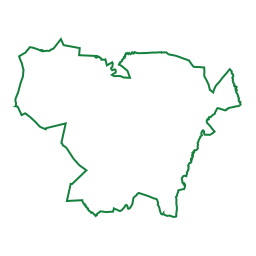 Chapa de Mota, México, Mexico (Robinson projection)
{"feature_id": "50627088B57428074978837", "entity_name": "Chapa de Mota", "entity_type": "district", "adm_level": 2, "iso_a3": "MEX", "parent_name": "Mexico", "parent_adm1": "México", "projection": "robinson", "projection_center": [-99.535, 19.819], "detail": "fine", "context": "isolated", "style": "outline", "palette": "green", "viewbox_px": 256, "rotation_deg": 0, "n_neighbors": 0, "source": "geoboundaries", "source_scale": "gbopen_adm2", "svg_char_len": 5729}
<svg xmlns="http://www.w3.org/2000/svg" viewBox="0 0 256 256"><path d="M229.8,69.2L229.2,69.8L227.0,72.6L223.8,76.3L222.5,77.7L219.3,82.0L216.8,84.6L215.7,86.1L214.9,87.6L213.8,90.3L213.2,92.4L212.4,91.7L212.0,91.6L210.5,90.1L209.9,90.0L209.0,86.2L208.5,84.4L206.0,79.2L204.5,76.6L204.2,75.2L204.4,71.5L204.2,67.4L202.6,67.4L199.2,67.0L198.1,67.1L196.8,66.9L196.1,67.1L193.5,66.7L191.4,64.0L189.0,60.5L175.7,55.7L168.8,54.4L168.0,53.9L166.3,52.4L162.5,52.4L161.6,52.7L161.4,52.2L155.2,52.6L153.4,52.5L146.2,53.0L138.5,53.2L137.2,53.1L135.0,52.3L135.0,52.6L133.8,53.5L133.0,53.4L132.8,52.3L132.2,52.3L132.1,53.3L131.7,53.3L131.5,53.2L131.1,53.7L130.4,54.2L129.1,53.0L128.3,54.0L127.9,53.5L127.7,53.6L127.1,53.0L126.0,54.3L125.7,53.9L125.0,55.3L124.9,55.8L125.1,56.2L124.9,56.3L124.8,57.2L124.3,57.2L124.5,57.7L123.7,57.8L123.5,58.7L123.1,59.1L122.1,59.8L122.1,60.9L121.1,61.6L120.3,62.7L120.0,62.5L118.9,64.6L121.3,65.7L126.8,70.2L127.5,70.9L130.0,77.8L123.5,77.5L120.5,76.1L117.3,76.0L114.4,76.2L111.9,74.9L113.7,73.6L115.5,72.7L115.8,71.9L115.8,71.2L115.4,69.7L115.2,69.5L114.5,69.4L113.9,69.7L113.1,69.7L112.7,70.1L112.2,70.2L112.0,69.8L111.5,69.6L111.3,69.1L111.1,68.6L111.2,67.9L111.4,67.6L112.4,66.8L112.5,66.3L112.5,65.4L112.8,63.7L112.2,62.3L106.9,65.4L105.4,59.4L104.6,59.8L103.6,59.7L102.8,59.7L102.6,59.6L101.4,59.7L101.4,59.1L101.1,58.3L100.3,58.0L99.1,56.8L98.7,56.7L98.4,56.7L97.7,57.2L97.3,57.2L96.3,57.7L95.8,57.5L95.7,57.4L96.0,57.2L96.5,56.5L96.7,56.0L79.1,55.2L79.7,48.1L63.6,45.1L60.9,39.1L54.7,47.1L53.1,48.9L52.7,48.9L51.2,49.6L50.8,49.6L50.4,50.0L50.3,50.3L49.3,50.9L47.0,50.8L44.6,51.0L42.5,51.3L42.2,51.2L42.3,50.4L42.0,50.4L41.8,50.0L41.0,50.0L40.9,50.4L40.5,50.6L39.3,50.1L38.4,49.5L36.9,49.1L35.5,48.5L31.7,47.4L29.6,47.3L28.8,48.6L26.9,50.7L25.7,52.4L19.1,56.3L20.6,60.6L21.9,63.4L22.9,67.8L23.5,69.6L22.9,76.6L20.7,82.7L17.9,93.2L17.7,93.3L15.5,98.9L15.4,101.2L16.0,102.7L15.9,105.5L15.9,106.2L15.7,106.3L17.6,106.6L20.4,112.4L21.6,115.1L25.3,113.3L28.7,116.0L30.1,117.0L35.3,121.8L40.1,126.9L45.8,129.3L46.3,128.1L65.7,123.4L61.4,142.8L62.5,144.2L62.8,145.4L64.3,146.2L65.8,147.3L66.8,148.4L73.5,158.7L79.3,165.2L86.4,170.3L72.1,184.0L70.7,183.8L66.9,201.0L82.3,200.2L82.4,201.2L83.1,202.7L84.1,204.0L84.6,204.1L84.6,205.1L85.7,205.4L85.8,206.7L86.2,206.7L87.0,207.7L87.9,208.4L87.7,208.8L88.1,209.2L88.0,209.4L89.4,211.2L90.8,211.9L91.1,212.1L91.3,212.8L92.0,212.5L92.5,212.6L95.6,215.9L96.2,215.4L96.2,215.6L96.8,215.2L96.6,214.3L100.5,211.3L106.2,212.1L113.1,211.6L113.9,208.4L115.0,209.0L116.8,209.7L119.6,211.0L120.5,210.9L121.3,210.4L122.4,209.5L124.4,207.2L125.5,205.3L126.1,205.0L126.5,205.0L126.8,205.2L127.3,205.9L128.0,208.6L128.3,208.8L128.9,208.8L130.1,207.8L131.4,205.9L132.1,204.6L132.5,203.3L133.4,198.1L134.6,196.7L136.4,195.4L137.0,194.3L138.6,193.0L138.9,193.0L148.6,196.2L154.3,198.6L155.2,198.6L156.1,198.9L156.7,199.2L157.5,200.9L158.0,202.7L158.1,203.4L157.8,204.2L157.7,204.6L158.9,206.5L159.6,208.9L159.9,210.6L160.9,213.5L161.6,214.2L161.9,214.3L162.6,214.4L162.8,214.2L163.4,213.3L163.4,213.6L164.0,214.5L166.2,215.6L166.7,215.6L167.2,215.9L169.6,215.6L170.3,215.8L173.1,216.9L175.9,216.7L176.3,216.3L176.4,215.8L176.2,214.9L176.3,213.5L176.5,211.6L176.8,210.2L176.9,208.0L176.3,202.6L176.5,199.9L176.0,196.9L176.7,196.3L177.2,195.1L177.2,194.4L177.4,193.5L178.1,192.3L178.2,190.8L178.3,190.4L181.5,189.5L184.1,189.0L184.6,187.8L185.1,185.8L185.1,184.8L184.5,183.7L183.7,184.4L183.4,183.7L183.4,183.1L182.5,182.8L182.3,182.2L182.4,180.9L182.2,180.6L181.7,178.6L181.8,178.0L182.3,177.4L182.7,177.0L183.2,176.2L183.5,176.0L184.4,175.8L185.2,175.8L186.3,176.2L186.5,174.9L186.9,174.3L187.0,173.7L186.8,172.8L187.0,172.2L187.9,170.7L188.0,169.9L188.5,169.4L188.5,167.6L188.7,166.5L188.1,166.0L188.1,165.6L189.3,163.2L190.1,162.8L190.7,162.8L191.3,161.7L191.5,161.0L191.0,160.8L190.8,160.4L191.0,159.5L191.0,158.7L191.4,158.4L192.1,158.7L192.3,157.6L192.7,157.1L192.8,156.9L192.2,156.3L192.1,155.5L192.3,155.3L193.0,155.3L193.1,155.0L193.1,154.7L192.5,154.5L192.4,154.3L193.2,153.3L193.2,153.1L192.9,152.9L193.4,152.7L193.1,152.5L193.2,152.0L193.4,151.9L193.7,151.9L193.7,151.2L193.9,151.0L194.4,151.2L194.7,150.4L194.8,150.2L195.3,150.3L196.7,149.9L197.9,148.2L197.6,146.7L197.6,145.9L198.0,145.0L198.1,144.5L197.6,143.5L197.7,143.0L198.4,141.6L198.9,139.6L200.1,137.8L200.2,136.9L200.4,136.4L201.9,135.4L201.6,134.8L201.6,134.3L201.3,133.6L201.3,133.3L201.4,132.8L201.7,132.4L201.9,131.6L202.3,131.2L202.6,130.5L203.1,130.3L204.0,131.3L204.2,133.9L204.4,134.4L204.8,134.7L210.1,134.8L211.4,134.0L213.1,132.8L214.6,131.6L211.6,128.1L210.6,126.6L207.4,123.1L207.0,122.8L206.7,120.9L207.2,119.5L207.6,119.1L208.6,119.5L208.9,119.4L208.8,117.8L208.9,117.2L209.2,117.1L210.3,117.1L210.8,117.0L211.5,116.1L212.9,114.8L214.5,114.1L214.8,113.6L215.3,112.0L216.6,109.7L216.9,108.8L217.2,108.5L217.7,108.2L218.1,108.1L220.7,109.0L224.4,110.1L225.1,110.4L226.3,110.1L226.5,109.4L227.0,109.0L228.3,108.5L228.5,108.0L234.2,106.9L234.5,106.7L235.2,106.5L237.2,106.2L238.4,106.2L239.7,105.4L240.6,104.6L240.2,103.2L240.0,102.9L240.3,102.6L240.4,102.0L238.9,101.2L238.6,99.1L238.9,98.9L239.0,98.5L238.6,97.5L238.2,96.8L238.3,96.4L238.2,96.1L237.9,96.0L237.9,95.8L238.0,95.6L236.9,93.0L236.6,92.7L236.3,92.6L236.2,91.6L236.0,90.9L236.0,90.7L236.8,90.2L236.7,90.1L235.8,90.2L235.7,90.0L236.1,88.8L235.9,88.7L235.5,89.0L235.4,88.6L235.5,88.4L236.5,87.7L236.6,87.3L236.6,86.8L235.8,86.5L235.0,86.7L234.7,86.6L234.5,86.4L234.6,86.2L234.8,85.9L234.8,85.6L234.1,85.2L234.3,84.1L233.1,82.5L233.2,81.5L232.7,80.5L233.0,78.9L232.3,78.0L232.6,77.0L233.1,76.6L233.2,76.2L233.3,75.4L232.6,73.9L231.9,73.7L231.7,72.7L231.7,71.3L230.4,70.0L229.8,69.2Z" fill="none" stroke="#15803d" stroke-width="2"/></svg>